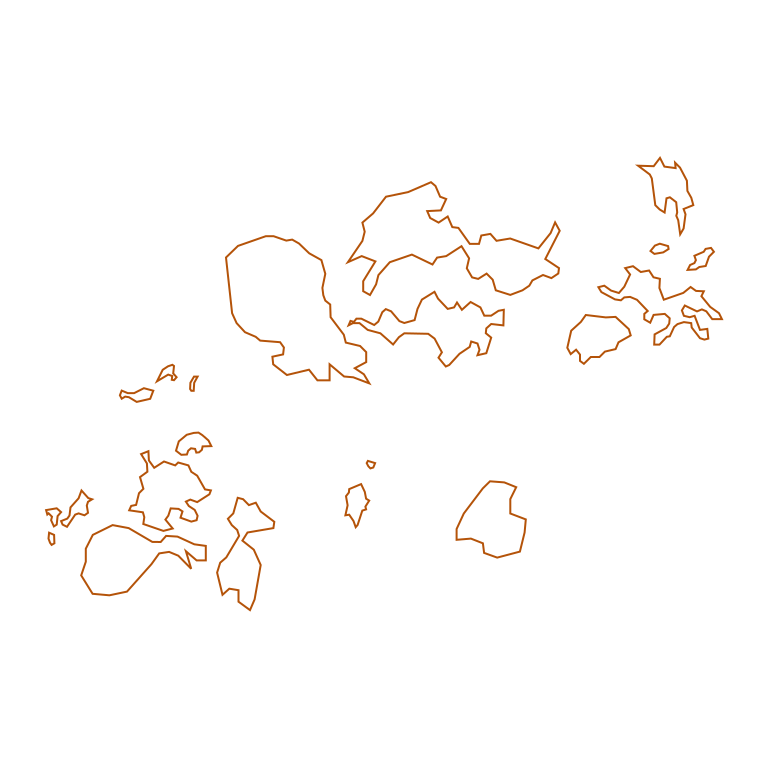 the district of Wando-gun, South Jeolla, South Korea
{"feature_id": "91817680B85222249357664", "entity_name": "Wando-gun", "entity_type": "district", "adm_level": 2, "iso_a3": "KOR", "parent_name": "South Korea", "parent_adm1": "South Jeolla", "projection": "albers", "projection_center": [126.779, 34.287], "detail": "fine", "context": "isolated", "style": "outline", "palette": "amber", "viewbox_px": 768, "rotation_deg": 0, "n_neighbors": 0, "source": "geoboundaries", "source_scale": "gbopen_adm2", "svg_char_len": 6095}
<svg xmlns="http://www.w3.org/2000/svg" viewBox="0 0 768 768"><path d="M286.3,240.6L273.6,236.2L265.8,236.2L238.0,245.9L226.0,257.5L232.1,313.2L236.6,323.1L245.0,332.2L255.7,336.8L260.2,340.6L280.1,342.2L283.9,347.5L283.1,354.4L272.4,356.7L273.2,364.3L286.9,375.0L309.0,369.7L317.4,380.3L329.6,380.3L329.6,364.3L344.1,376.5L353.3,377.3L369.3,383.4L363.9,374.3L354.8,368.2L366.2,362.1L366.2,352.1L360.1,346.0L345.8,342.6L343.8,334.7L330.6,317.2L330.2,304.5L325.3,300.6L323.3,295.2L322.4,287.9L325.3,273.8L321.4,260.1L309.2,253.3L299.0,243.5L292.2,239.6L286.3,240.6ZM430.2,218.0L427.2,211.1L440.9,210.4L446.2,199.0L440.1,196.7L435.5,186.0L431.0,182.2L408.1,192.1L386.0,196.7L373.1,213.4L362.4,222.6L364.7,231.7L362.4,240.9L347.9,262.2L361.7,256.1L375.4,261.4L363.2,281.2L363.2,291.2L370.0,295.0L376.1,284.3L378.4,275.1L389.8,262.2L411.9,254.6L432.5,264.5L437.1,257.6L446.2,256.1L461.5,246.2L469.1,258.3L466.8,268.3L472.1,277.4L478.2,278.9L486.6,273.6L492.7,279.7L495.8,290.3L510.3,294.9L522.5,290.3L529.3,285.7L532.4,280.4L543.0,275.0L551.4,278.1L558.3,273.5L559.0,268.1L545.3,259.0L559.7,230.8L555.1,222.4L550.6,233.1L538.4,248.4L510.2,238.5L496.5,240.8L490.4,233.9L481.3,235.5L479.0,243.9L469.8,243.9L458.4,227.9L452.3,227.1L447.7,216.5L438.6,222.6L430.2,218.0ZM128.7,528.1L112.6,525.1L92.8,534.9L85.8,548.7L85.8,561.7L81.2,575.4L92.6,593.8L109.4,595.3L127.0,591.6L151.5,564.1L159.2,553.4L169.1,551.9L178.3,555.7L191.2,568.8L185.9,551.2L196.6,560.4L205.8,560.4L205.8,545.9L194.3,544.3L177.5,536.6L166.1,535.9L160.7,542.0L152.3,541.9L128.7,528.1ZM447.7,308.9L438.0,298.6L434.5,291.8L421.9,299.6L417.5,308.9L414.6,320.1L404.3,323.0L399.4,321.1L391.1,311.3L385.8,309.1L382.3,312.2L378.3,321.6L374.2,325.0L361.4,318.7L356.4,318.7L353.9,321.9L350.5,320.9L348.6,325.3L353.0,323.1L359.5,323.1L367.7,329.9L380.4,333.3L393.1,344.5L398.9,337.2L404.3,333.3L428.2,333.8L434.6,338.6L441.9,352.3L438.5,357.7L445.8,366.5L449.2,365.0L459.5,353.8L469.7,346.9L471.2,341.5L477.5,343.5L479.5,349.8L477.5,355.2L486.3,353.2L491.2,337.6L485.8,333.2L486.3,328.4L491.2,324.0L503.4,325.4L503.8,309.8L498.5,310.8L491.1,315.7L484.3,315.7L480.4,307.4L470.6,302.0L461.9,309.8L457.0,302.5L454.1,307.4L447.7,308.9ZM524.6,532.5L525.8,519.4L510.3,513.5L510.3,499.1L516.2,487.2L504.3,482.4L490.0,481.3L482.8,488.4L463.8,513.5L456.6,529.0L456.6,539.8L470.9,538.6L482.9,543.3L484.1,552.9L497.2,557.6L519.9,551.6L524.6,532.5ZM148.9,460.5L148.4,451.2L141.1,454.1L146.9,463.4L147.4,471.7L140.0,477.1L143.4,488.8L139.0,493.2L136.1,504.9L131.2,505.9L129.2,510.3L142.9,512.3L144.3,517.2L143.3,524.0L163.4,530.9L172.7,528.5L165.4,519.6L168.3,515.7L170.7,508.4L178.6,508.9L182.5,511.4L180.5,517.7L191.3,521.6L196.6,520.2L197.6,515.8L194.7,509.9L188.8,506.0L185.9,501.6L190.3,499.6L197.2,502.1L209.4,494.3L210.9,490.4L205.0,489.4L197.2,475.7L191.3,471.8L188.4,465.4L178.2,462.5L175.2,465.4L164.0,461.5L154.2,467.8L148.9,460.5ZM633.0,266.2L625.2,268.1L630.1,274.5L624.3,286.7L618.9,293.0L611.1,290.6L604.3,285.7L598.4,287.2L601.4,292.1L615.0,299.4L620.9,300.3L624.3,297.4L630.1,296.9L637.0,299.8L647.7,311.0L644.3,313.9L644.3,319.3L650.2,322.7L653.6,314.9L664.8,313.9L669.7,318.3L669.2,323.6L666.3,328.0L654.6,334.4L654.2,344.6L659.5,344.6L666.8,336.8L669.8,336.3L674.1,327.0L677.5,324.1L683.9,322.1L691.2,323.1L691.7,327.5L700.0,338.2L704.4,339.6L708.3,338.6L707.3,328.9L700.0,329.9L694.6,315.8L689.7,317.2L683.9,315.8L681.9,310.4L684.8,305.5L697.0,311.4L701.9,309.4L706.3,311.3L712.2,319.1L721.9,319.1L719.0,313.2L710.2,306.9L701.4,296.2L703.8,291.3L696.0,290.9L690.6,287.0L683.3,292.9L663.8,299.7L659.4,288.0L659.9,278.8L653.5,277.3L649.1,270.5L640.8,272.0L633.0,266.2ZM243.1,499.2L237.7,497.8L233.3,513.4L227.9,518.8L231.8,525.1L237.2,530.0L239.1,535.9L226.3,557.4L220.2,562.7L217.1,572.6L222.5,594.8L229.3,588.7L238.5,590.2L238.5,601.7L250.0,610.1L254.6,599.4L260.7,565.0L253.8,549.7L242.4,540.6L247.5,532.5L273.4,528.1L274.3,521.8L260.7,511.5L255.8,502.7L248.9,505.1L243.1,499.2ZM605.8,317.4L585.8,315.0L580.9,321.9L571.2,330.7L567.3,347.8L570.7,354.1L576.1,349.7L580.0,354.6L580.0,360.9L583.9,363.8L590.8,357.0L599.5,357.0L604.9,351.6L615.6,349.1L618.5,342.3L630.7,335.4L628.8,329.1L615.6,316.9L605.8,317.4ZM660.0,157.9L653.7,166.2L638.1,165.7L649.8,174.5L651.8,178.4L655.3,205.2L659.7,209.5L664.6,212.5L666.5,198.3L669.9,197.3L676.2,202.2L677.2,212.4L676.3,215.8L678.2,220.2L680.2,234.3L683.6,228.5L685.5,214.3L683.6,209.0L693.3,205.1L691.3,197.8L687.4,190.9L686.9,180.7L680.0,167.6L675.1,162.7L675.6,168.1L664.4,166.6L660.0,157.9ZM357.6,525.0L362.3,510.6L366.1,509.4L365.4,506.6L369.2,500.6L366.1,498.7L364.8,491.9L361.1,484.1L349.2,489.1L348.9,492.5L346.0,496.2L347.6,505.3L345.4,515.3L349.2,514.7L353.5,521.0L355.7,527.2L357.6,525.0ZM202.6,446.4L211.3,446.1L208.5,440.5L202.3,435.1L198.5,432.6L193.8,432.9L186.7,434.8L178.8,441.4L176.0,450.7L181.3,454.8L186.9,454.5L188.2,450.7L191.0,448.3L195.1,448.9L196.3,452.6L199.1,452.3L201.9,449.8L202.6,446.4ZM88.0,512.8L86.8,505.6L88.0,501.8L92.1,499.3L88.3,498.1L81.5,490.5L78.6,498.3L70.5,507.4L69.5,515.5L67.3,518.6L61.1,521.1L62.6,524.6L67.0,526.8L75.2,514.6L78.6,513.4L84.5,515.3L88.0,512.8ZM153.3,390.7L143.9,388.2L134.2,393.1L127.7,393.1L121.7,390.6L119.9,395.3L121.7,398.7L125.2,396.6L128.9,397.2L136.7,401.9L150.2,398.8L153.3,390.7ZM695.9,269.4L699.3,267.0L705.7,266.0L709.0,256.7L713.9,251.8L711.0,247.9L705.6,248.9L703.7,251.8L694.4,255.8L695.9,260.1L694.4,263.1L690.1,265.0L687.6,269.9L695.9,269.4ZM176.6,377.2L173.2,373.4L174.0,366.0L172.4,364.8L168.0,366.3L162.7,369.8L157.0,381.3L168.2,374.6L172.2,376.0L171.8,379.8L174.0,380.2L176.6,377.2ZM61.1,512.1L56.7,508.3L46.1,510.1L47.3,514.5L48.6,513.3L52.0,516.7L51.1,520.2L53.9,526.4L56.7,524.6L57.6,516.1L61.1,512.1ZM663.2,252.4L668.6,249.0L668.1,246.1L659.8,243.7L654.9,245.6L650.5,251.0L654.4,253.9L663.2,252.4ZM193.7,390.8L194.2,382.8L197.6,376.6L194.0,376.6L190.4,382.8L190.1,389.0L191.3,390.8L193.7,390.8ZM54.4,543.3L54.1,534.9L49.1,532.7L48.5,538.6L50.0,542.7L51.6,544.9L54.4,543.3ZM373.3,467.5L375.1,463.1L367.9,460.9L366.7,463.1L368.3,466.2L370.4,468.4L373.3,467.5Z" fill="none" stroke="#b45309" stroke-width="2"/></svg>